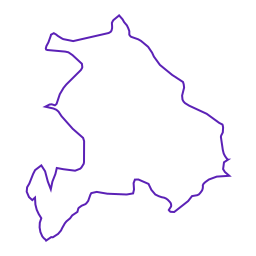 an SVG outline of Akershus
{"feature_id": "NOR-917", "entity_name": "Akershus", "entity_type": "County", "adm_level": 1, "iso_a3": "NOR", "parent_name": "Norway", "parent_adm1": "", "projection": "robinson", "projection_center": [11.148, 60.053], "detail": "fine", "context": "isolated", "style": "outline", "palette": "violet", "viewbox_px": 256, "rotation_deg": 0, "n_neighbors": 0, "source": "natural_earth", "source_scale": "10m", "svg_char_len": 2134}
<svg xmlns="http://www.w3.org/2000/svg" viewBox="0 0 256 256"><path d="M227.9,159.7L224.0,162.3L223.1,169.1L224.9,172.0L229.3,175.8L216.8,176.6L208.9,179.5L205.3,182.1L203.6,183.7L202.8,185.3L202.9,186.8L202.7,188.6L202.1,190.4L200.5,192.6L198.9,194.4L197.2,195.2L192.0,196.1L188.1,201.1L174.2,212.0L170.6,211.8L169.8,211.3L168.8,210.0L171.1,206.4L171.2,205.1L170.8,203.3L169.8,201.9L167.7,199.7L166.0,198.5L164.2,197.7L161.7,197.2L158.8,196.2L155.3,194.5L151.4,189.9L148.5,183.9L138.4,179.5L134.9,179.6L133.6,183.1L134.0,189.5L133.1,193.4L126.7,194.5L107.3,193.7L96.7,191.9L91.3,193.1L90.4,194.7L88.2,200.9L86.7,202.9L85.5,204.1L81.7,205.7L78.8,207.8L78.3,208.5L77.4,211.9L72.2,215.4L70.1,218.3L66.4,221.4L64.8,223.4L62.2,228.0L61.0,230.5L58.1,233.9L53.0,237.2L52.5,237.3L51.2,237.1L46.1,240.6L45.4,239.5L43.9,238.3L42.3,236.4L40.4,232.0L39.6,227.4L39.8,222.7L41.3,218.2L38.7,214.0L36.7,209.7L35.4,204.5L35.0,197.6L32.3,200.1L29.0,197.1L26.7,191.7L27.1,187.3L29.3,183.6L33.1,174.0L35.1,170.1L41.3,165.4L45.1,171.3L47.8,181.5L50.8,189.3L52.4,181.6L55.4,174.0L56.8,168.0L63.3,169.2L75.1,170.7L80.2,168.7L81.4,167.5L83.7,163.8L84.0,162.1L84.1,141.1L83.1,137.9L72.7,128.8L61.6,116.3L58.5,111.6L56.4,109.8L53.4,108.5L45.3,106.7L49.6,104.5L51.7,104.3L54.9,105.3L55.9,104.5L56.6,103.8L59.8,94.2L63.6,87.8L66.3,84.5L80.9,70.0L82.0,68.1L82.3,67.1L81.9,63.8L72.5,55.1L68.4,52.3L65.2,51.6L47.3,50.0L46.1,49.5L45.8,48.4L46.4,46.1L48.4,42.4L50.7,36.0L51.0,34.7L53.8,33.2L56.1,34.5L57.8,35.9L62.0,38.5L63.2,39.1L73.2,41.1L108.7,33.0L110.7,31.8L111.5,30.6L112.1,28.2L112.1,26.3L111.9,22.9L112.7,21.2L113.4,20.1L118.9,15.6L119.1,15.4L122.6,19.4L124.1,22.1L126.9,25.4L128.2,28.1L129.3,31.1L129.3,34.7L130.3,36.1L131.1,36.8L138.2,39.3L141.0,40.9L148.1,46.8L152.1,52.7L153.9,56.6L159.9,64.9L172.1,74.9L183.0,82.0L183.7,84.3L184.1,87.6L182.1,95.6L182.5,99.6L183.5,101.5L185.0,103.1L189.2,105.7L206.7,113.8L219.2,122.9L222.4,124.5L222.7,125.2L223.1,127.5L222.8,132.4L222.2,133.6L221.3,135.3L221.0,136.1L220.9,137.0L222.8,149.9L223.7,153.5L224.9,155.9L226.2,157.8L227.7,159.6L227.8,159.7L227.9,159.7Z" fill="none" stroke="#5b21b6" stroke-width="2"/></svg>